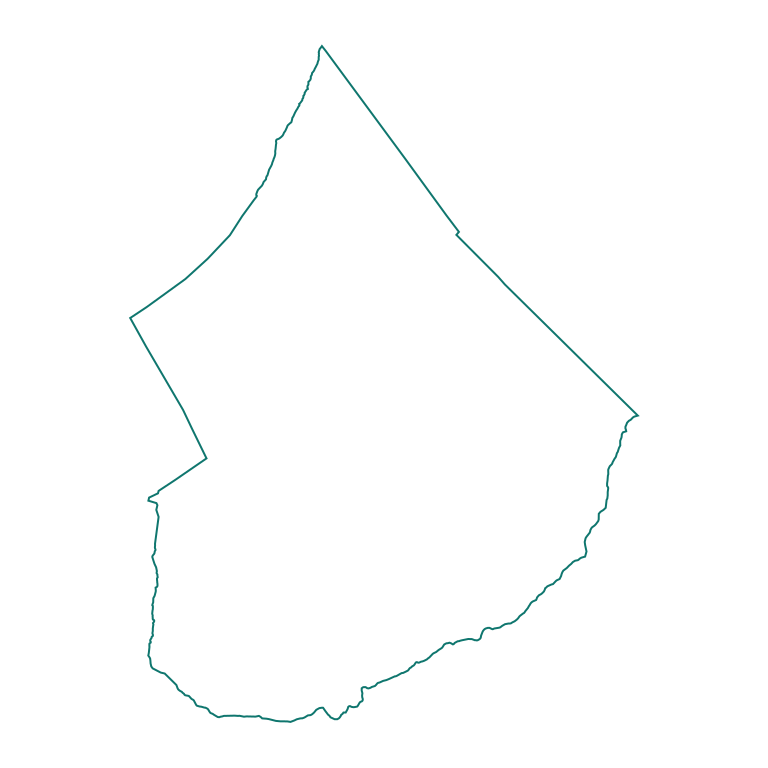 Moreno, Buenos Aires, Argentina
{"feature_id": "61730980B59094124790483", "entity_name": "Moreno", "entity_type": "district", "adm_level": 2, "iso_a3": "ARG", "parent_name": "Argentina", "parent_adm1": "Buenos Aires", "projection": "equal_earth", "projection_center": [-58.812, -34.597], "detail": "fine", "context": "isolated", "style": "outline", "palette": "teal", "viewbox_px": 768, "rotation_deg": 0, "n_neighbors": 0, "source": "geoboundaries", "source_scale": "gbopen_adm2", "svg_char_len": 6084}
<svg xmlns="http://www.w3.org/2000/svg" viewBox="0 0 768 768"><path d="M321.9,46.1L320.7,47.8L319.7,49.0L318.9,51.5L318.7,52.3L319.0,53.1L318.8,54.1L319.0,56.0L318.7,56.8L318.7,59.8L318.3,60.6L317.6,62.7L317.5,63.6L317.1,64.3L315.6,67.3L314.7,68.9L314.4,69.8L313.8,70.9L313.4,71.5L312.1,73.0L311.9,74.3L311.5,75.4L310.8,76.4L310.8,78.3L310.4,79.7L309.0,81.4L308.4,81.8L308.4,84.6L307.5,86.1L307.4,87.3L307.8,88.2L307.8,89.1L307.1,89.3L306.6,89.8L304.6,92.9L304.7,93.8L303.9,95.4L303.3,96.0L303.4,96.8L303.1,98.1L302.4,99.0L302.2,100.4L300.2,103.0L299.1,104.0L299.5,104.8L299.2,105.8L298.5,106.5L297.4,108.7L296.2,110.5L295.0,112.7L293.3,116.5L292.4,117.8L291.9,120.3L291.3,122.3L290.2,123.1L287.9,125.2L287.4,126.0L286.9,127.4L285.4,130.7L284.7,131.8L284.1,132.5L283.2,134.6L282.6,135.6L281.2,137.0L279.4,138.4L278.7,138.8L276.8,139.5L276.2,140.2L276.0,141.4L276.3,143.1L276.0,144.6L275.6,148.7L275.2,151.2L275.3,153.6L275.0,155.3L274.5,157.0L273.6,159.1L273.4,160.0L272.3,162.7L272.0,164.1L271.2,165.9L269.1,169.7L267.6,174.8L267.3,175.6L266.7,176.2L266.2,177.5L266.0,179.3L263.6,182.0L262.8,184.1L261.9,185.7L259.5,188.2L258.1,189.7L257.3,191.3L256.3,194.1L256.3,195.2L256.8,195.8L256.6,196.6L253.7,200.3L242.2,216.1L229.9,235.2L207.7,258.7L185.4,279.0L146.5,307.2L130.2,318.0L146.1,346.6L183.1,410.0L192.0,428.7L206.5,458.4L174.8,480.2L158.6,490.9L158.0,493.3L149.1,497.6L148.4,500.7L156.4,503.1L157.4,505.2L156.3,509.9L158.6,516.9L155.0,543.9L155.1,545.3L154.9,547.4L155.0,548.2L155.4,549.2L155.5,550.0L154.8,551.2L154.4,553.4L153.9,554.2L153.4,554.7L152.4,556.2L152.3,557.0L153.2,559.9L154.5,563.9L156.1,567.3L156.9,571.1L156.7,572.2L156.6,573.1L157.4,574.5L157.4,575.5L157.7,577.3L157.0,578.4L157.0,579.8L157.2,581.2L157.2,582.2L157.4,583.3L157.5,585.2L157.4,586.1L156.8,587.0L155.6,587.6L155.8,590.6L155.7,591.7L154.7,595.5L154.4,596.3L153.5,597.8L153.3,598.5L153.2,602.3L152.8,603.5L152.4,604.5L152.3,605.3L152.8,605.8L152.9,606.9L152.8,609.3L152.5,610.7L152.2,613.7L152.7,615.5L152.6,616.4L152.7,617.5L152.7,618.5L152.9,619.5L153.7,619.8L154.2,620.6L154.1,621.6L153.0,623.1L153.4,624.7L153.2,625.4L152.8,628.5L152.8,631.0L152.4,633.2L152.9,634.8L152.9,635.8L151.7,636.9L151.6,637.8L150.3,639.9L150.2,641.0L150.7,641.7L150.7,642.6L149.6,643.4L149.3,644.1L149.5,644.9L149.3,646.0L149.5,646.7L148.8,653.0L148.3,655.6L149.1,656.7L150.1,658.4L150.4,660.6L150.6,663.5L151.3,666.5L152.7,668.4L160.8,672.6L164.7,673.5L176.4,685.0L177.6,688.3L178.1,689.2L178.6,689.8L180.2,691.0L181.8,691.8L182.5,692.7L184.0,693.8L184.4,694.6L185.1,695.2L185.9,695.4L188.2,695.8L189.0,696.1L191.5,698.9L193.1,699.8L193.8,700.4L196.0,704.6L196.4,705.2L196.9,705.7L199.6,706.5L201.3,706.7L204.4,707.6L205.5,707.7L207.6,708.8L208.2,709.5L209.4,711.5L210.3,712.8L211.2,713.3L212.6,713.8L214.0,714.8L217.7,717.0L219.2,717.2L220.6,716.7L222.3,716.4L223.9,715.9L232.7,715.7L235.2,715.7L237.9,715.9L239.6,715.8L244.0,716.7L246.5,716.4L255.6,716.6L258.9,715.9L260.6,716.9L262.2,718.4L266.4,718.7L268.9,719.1L275.9,720.9L280.1,721.3L287.3,721.4L290.5,721.9L294.5,720.4L296.7,719.3L300.3,718.4L302.4,718.3L304.5,717.5L307.9,715.4L310.6,715.1L312.2,714.2L314.0,712.6L316.3,709.8L319.4,708.1L322.1,707.7L323.1,707.8L325.3,711.0L328.1,714.7L329.3,715.6L330.5,717.3L334.6,719.2L337.3,719.2L338.9,718.3L339.7,717.5L340.6,716.2L341.1,715.0L342.6,713.8L343.5,712.5L345.7,712.5L347.5,709.3L348.3,706.8L349.2,706.2L350.0,706.1L351.6,706.9L353.5,707.2L354.5,707.1L357.1,706.6L357.7,706.0L359.6,702.7L360.4,701.9L361.9,701.3L362.4,700.8L362.7,700.1L362.8,699.1L362.2,697.1L362.1,695.4L362.4,693.2L361.7,690.6L361.7,688.3L362.8,687.4L363.7,687.1L365.5,687.1L366.4,687.6L367.2,688.2L368.6,688.4L369.8,688.0L370.5,687.8L371.7,687.0L374.9,686.0L375.8,685.2L377.4,683.3L378.0,682.9L379.6,682.5L383.1,680.9L386.3,680.1L388.8,679.1L394.9,676.3L395.7,676.3L396.9,675.8L401.6,673.1L403.2,672.9L406.5,671.3L408.0,670.5L408.9,669.4L409.3,668.7L410.0,668.0L411.3,667.3L411.8,666.6L413.8,665.4L414.4,664.7L415.7,662.7L416.3,662.2L417.1,662.2L417.9,662.6L418.7,662.7L419.4,662.5L421.0,661.7L422.5,661.4L424.1,660.8L426.9,659.4L428.2,658.2L429.3,657.5L432.7,653.9L433.5,653.3L436.2,652.0L438.6,650.0L441.5,648.2L442.3,647.5L444.2,644.5L445.8,643.6L446.5,643.3L447.8,643.2L449.5,642.7L451.1,643.3L452.9,644.4L453.7,644.1L454.7,642.9L457.6,641.3L459.3,641.1L459.9,640.8L461.8,640.3L468.2,639.0L471.9,639.1L474.8,640.2L475.9,640.2L476.6,640.4L477.6,640.3L479.2,639.4L480.0,638.8L480.7,637.8L481.1,635.6L482.7,631.5L483.2,630.7L484.0,629.7L484.8,629.0L485.7,628.5L487.7,627.9L489.6,627.9L492.1,629.1L492.8,629.2L494.3,628.5L499.2,627.7L500.3,627.3L502.1,625.9L505.0,624.2L508.6,623.5L510.1,623.5L511.0,623.3L512.3,622.4L514.6,621.3L516.8,619.6L518.1,618.3L519.5,616.3L520.3,615.6L523.2,613.4L524.0,613.0L524.6,612.3L525.2,611.3L527.9,608.0L528.8,606.3L529.7,605.0L530.6,603.4L531.5,602.4L532.7,601.5L536.1,600.0L536.5,599.2L537.1,597.4L538.8,595.4L539.5,594.9L540.5,594.5L542.0,593.4L543.9,591.5L544.8,589.6L545.2,588.2L545.9,587.8L547.4,586.3L551.4,584.5L553.0,584.1L555.7,581.2L556.6,580.4L559.6,579.0L561.1,576.0L561.6,574.1L562.3,572.3L563.3,570.6L566.8,568.0L569.0,565.7L571.3,563.8L572.8,562.1L575.1,560.7L577.8,560.2L578.5,559.8L579.8,558.6L581.3,557.7L585.1,556.6L586.5,551.5L585.2,545.4L584.7,542.0L585.6,538.2L586.4,536.9L589.7,532.7L590.1,531.6L590.4,530.1L591.3,528.3L592.1,527.3L594.5,525.6L595.8,524.3L598.2,521.1L598.7,519.5L598.8,513.8L600.5,511.8L603.5,509.9L605.7,507.8L606.6,499.9L607.3,498.6L607.7,495.4L607.7,492.1L608.2,488.5L608.1,487.4L607.1,485.9L607.1,483.4L607.5,480.6L607.9,475.6L608.3,474.2L608.2,469.9L608.6,468.7L609.8,466.2L611.8,464.2L612.3,463.4L612.5,462.5L614.7,458.5L615.6,457.4L616.2,455.8L616.9,453.2L617.7,452.0L619.0,447.9L620.3,445.4L620.2,444.0L620.2,440.8L621.5,437.5L621.7,436.1L621.8,434.5L622.3,433.4L623.0,432.3L626.2,431.3L626.0,430.0L625.4,428.2L625.5,426.5L626.0,425.6L627.1,422.7L628.9,420.8L630.7,419.8L633.0,417.4L634.3,416.6L637.8,415.6L504.9,284.5L498.2,276.9L456.4,234.9L458.9,231.9L446.5,215.5L405.3,158.9L325.7,50.9L321.9,46.1Z" fill="none" stroke="#0f766e" stroke-width="2"/></svg>